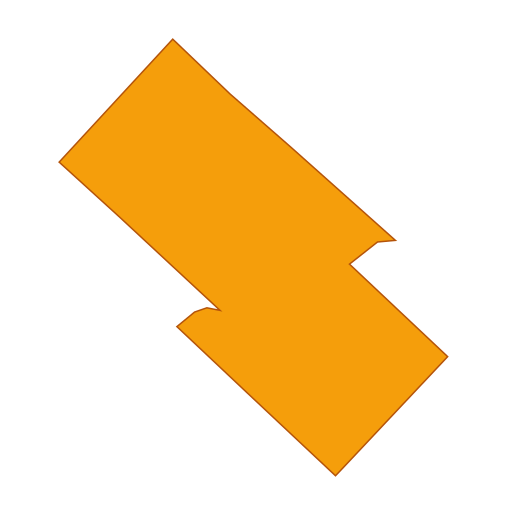 the district of Marshall, Illinois, United States of America, rotated 223°
{"feature_id": "52423323B57387321638409", "entity_name": "Marshall", "entity_type": "district", "adm_level": 2, "iso_a3": "USA", "parent_name": "United States of America", "parent_adm1": "Illinois", "projection": "orthographic", "projection_center": [-89.369, 41.035], "detail": "fine", "context": "isolated", "style": "filled", "palette": "amber", "viewbox_px": 512, "rotation_deg": 223, "n_neighbors": 0, "source": "geoboundaries", "source_scale": "gbopen_adm2", "svg_char_len": 372}
<svg xmlns="http://www.w3.org/2000/svg" viewBox="0 0 512 512"><g transform="rotate(223 256 256)"><path d="M169.3,149.9L48.0,149.5L47.9,156.3L47.2,313.1L182.1,313.8L176.7,349.1L164.7,362.5L303.6,359.4L385.4,356.8L464.8,357.8L464.0,190.4L383.4,191.4L245.2,191.7L256.6,184.6L262.7,173.1L265.7,150.4L169.3,149.9Z" fill="#f59e0b" stroke="#b45309" stroke-width="1.5"/></g></svg>